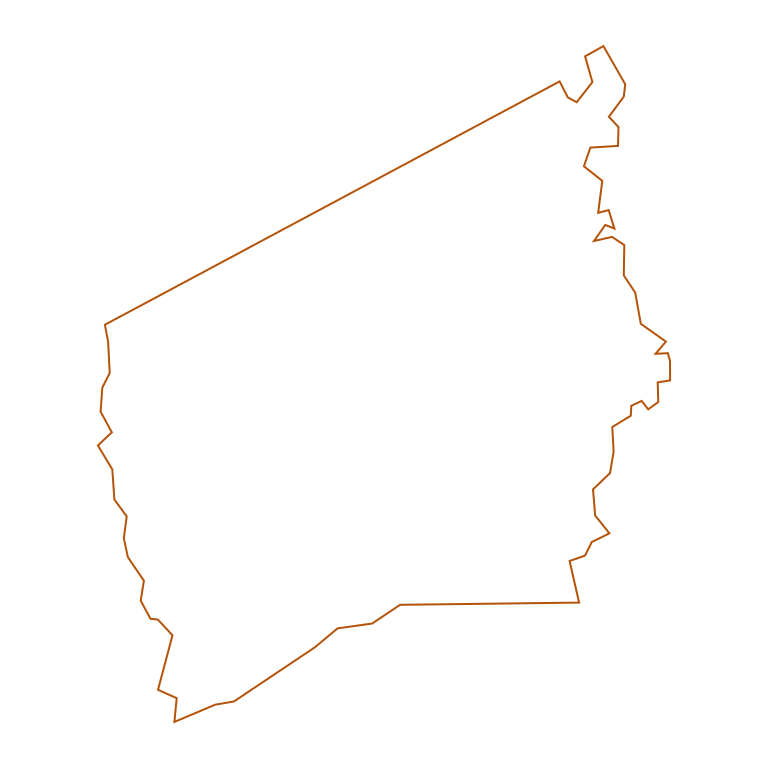 the district of Leon, Texas, United States of America
{"feature_id": "52423323B32398895201359", "entity_name": "Leon", "entity_type": "district", "adm_level": 2, "iso_a3": "USA", "parent_name": "United States of America", "parent_adm1": "Texas", "projection": "mercator", "projection_center": [-95.92, 31.314], "detail": "fine", "context": "isolated", "style": "outline", "palette": "amber", "viewbox_px": 768, "rotation_deg": 0, "n_neighbors": 0, "source": "geoboundaries", "source_scale": "gbopen_adm2", "svg_char_len": 1007}
<svg xmlns="http://www.w3.org/2000/svg" viewBox="0 0 768 768"><path d="M108.1,341.5L109.7,373.0L102.3,387.7L100.6,411.7L111.8,432.3L97.9,445.5L112.3,469.4L114.4,499.5L126.7,516.5L123.8,538.3L127.9,557.2L143.9,580.7L140.7,600.7L150.5,618.8L157.8,619.5L172.5,635.3L158.0,689.8L176.7,698.2L174.4,721.9L215.1,704.7L233.9,701.5L315.0,647.2L337.5,628.4L372.2,623.5L400.1,604.8L579.1,602.6L569.6,561.0L585.0,555.6L591.8,542.0L609.4,533.3L595.2,515.6L593.0,489.4L610.0,473.1L613.6,451.9L612.3,427.0L630.8,415.7L631.3,405.8L641.6,400.9L648.2,409.3L658.3,402.0L657.7,382.4L670.1,380.4L670.0,361.1L667.9,353.2L655.6,353.8L665.9,341.6L640.8,323.8L635.2,292.6L623.8,275.4L624.3,245.0L612.0,236.9L594.0,241.0L605.3,224.9L614.4,228.6L608.7,210.1L598.2,212.8L600.4,195.3L602.3,180.9L583.9,166.3L590.4,147.6L618.0,145.9L618.5,127.1L608.9,116.8L623.8,96.6L625.2,84.2L603.4,46.1L585.1,56.3L592.4,82.1L576.7,102.2L567.9,97.5L559.6,81.4L178.1,285.6L104.9,324.7L108.1,341.5Z" fill="none" stroke="#b45309" stroke-width="2"/></svg>